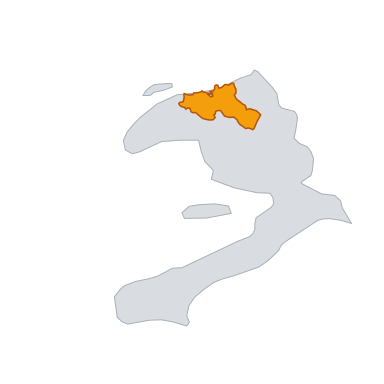 where Nord sits in Haiti, rotated 328°
{"feature_id": "HTI-1387", "entity_name": "Nord", "entity_type": "Department", "adm_level": 1, "iso_a3": "HTI", "parent_name": "Haiti", "parent_adm1": "", "projection": "natural_earth1", "projection_center": [-72.317, 19.567], "detail": "fine", "context": "in_parent", "style": "filled", "palette": "amber", "viewbox_px": 384, "rotation_deg": 328, "n_neighbors": 0, "source": "natural_earth", "source_scale": "10m", "svg_char_len": 2937}
<svg xmlns="http://www.w3.org/2000/svg" viewBox="0 0 384 384"><g transform="rotate(328 192 192)"><path d="M309.5,121.5L311.5,124.7L315.7,146.5L316.1,153.5L311.9,164.1L312.5,168.3L321.6,178.0L321.8,181.5L320.7,185.1L312.9,194.3L307.0,200.6L308.9,207.9L313.7,214.7L314.3,220.5L312.8,228.1L305.4,237.6L301.6,241.0L290.5,241.4L289.3,242.7L294.8,252.0L301.0,262.4L311.2,270.5L313.4,278.1L311.0,285.3L310.6,303.2L302.8,294.5L294.3,287.3L289.2,284.5L283.9,282.7L243.2,283.6L238.6,284.9L235.1,287.2L231.3,288.3L220.1,290.5L209.0,291.0L183.0,285.2L172.7,282.1L162.4,280.2L150.5,280.9L138.6,282.6L129.1,286.8L122.0,294.2L120.7,301.1L116.5,302.9L106.9,291.9L98.2,284.1L88.2,278.3L67.6,270.0L63.9,264.9L62.2,258.7L70.6,239.8L80.0,236.4L85.2,235.7L96.9,238.0L108.3,242.3L118.7,245.2L134.8,246.2L143.5,250.9L205.3,258.1L217.0,260.4L221.6,259.6L225.6,256.8L228.9,251.7L232.7,247.8L251.0,247.0L254.9,245.3L257.6,239.9L257.5,234.4L246.7,227.0L229.9,210.7L215.1,191.5L221.5,185.0L219.0,173.2L221.4,162.2L225.0,151.5L210.3,142.3L193.0,133.1L169.0,130.2L161.6,127.9L157.8,121.1L161.2,111.8L169.0,106.7L178.0,103.6L187.1,101.4L209.2,98.8L231.0,101.7L250.0,111.2L269.2,118.6L293.5,121.1L304.4,123.8L309.5,121.5ZM215.6,223.3L214.0,230.9L190.6,221.8L171.6,210.4L172.4,204.2L182.1,202.7L191.4,206.6L205.1,214.2L215.6,223.3ZM228.6,86.9L232.3,89.4L230.9,92.5L221.7,90.6L212.1,87.1L209.0,88.0L207.1,87.6L201.5,84.2L206.4,81.7L211.5,80.8L217.0,81.0L228.6,86.9Z" fill="#d9dde1" stroke="#a8b0b8" stroke-width="1"/><path d="M237.6,104.4L239.5,107.1L242.0,108.9L244.5,110.0L245.9,108.9L247.6,109.9L250.3,111.1L252.9,111.9L254.1,111.5L254.6,113.2L259.1,117.8L259.1,118.5L258.6,118.3L257.2,117.8L258.3,121.0L258.7,121.4L260.4,121.8L260.7,121.7L260.4,120.8L261.6,119.2L261.3,119.2L260.7,119.3L260.4,119.2L260.6,118.6L260.8,118.3L260.9,118.5L260.9,117.8L260.7,117.5L260.4,116.3L260.9,116.3L262.3,117.2L264.2,117.4L265.8,116.7L266.6,115.2L267.5,114.1L269.3,114.0L270.5,115.2L269.7,117.8L271.3,118.8L272.8,119.0L276.4,118.3L276.7,118.3L277.2,118.5L277.9,119.0L279.2,120.4L280.1,120.8L283.2,120.8L284.0,121.0L284.4,121.5L284.6,122.0L284.9,122.1L284.5,123.2L284.1,124.0L283.7,128.2L281.7,131.4L280.3,131.7L279.2,132.5L279.2,134.0L278.9,135.4L279.2,137.9L280.4,140.5L281.3,143.7L282.9,146.5L282.6,149.4L281.7,151.0L283.4,151.5L285.1,152.0L289.7,157.3L291.2,162.9L284.6,166.6L278.3,171.1L276.5,171.3L275.7,169.8L273.7,167.6L271.0,166.5L270.0,163.6L268.5,160.5L268.1,157.5L268.5,154.5L267.0,150.6L263.3,148.6L259.8,144.9L259.4,138.0L257.6,137.0L256.3,136.3L254.7,136.4L253.0,138.2L251.2,138.2L251.2,141.0L248.4,142.0L245.2,140.4L242.4,137.9L239.9,135.1L238.4,130.7L237.1,126.4L234.9,125.4L233.7,123.5L234.6,119.9L232.7,118.3L230.7,118.6L230.5,116.2L228.6,114.5L227.5,111.9L227.5,111.2L227.8,109.9L229.1,109.6L230.5,110.0L231.4,110.6L232.4,110.8L233.6,109.6L234.6,108.5L235.4,107.8L236.0,106.5L236.9,105.0L237.6,104.4Z" fill="#f59e0b" stroke="#b45309" stroke-width="1.5"/></g></svg>